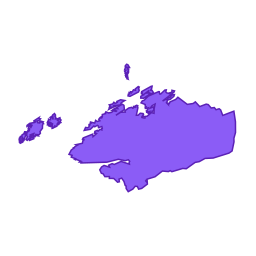 Bjugn nor, Sør-Trøndelag, Norway, rotated 5°
{"feature_id": "86288312B97318118947912", "entity_name": "Bjugn nor", "entity_type": "district", "adm_level": 2, "iso_a3": "NOR", "parent_name": "Norway", "parent_adm1": "Sør-Trøndelag", "projection": "orthographic", "projection_center": [9.771, 63.825], "detail": "fine", "context": "isolated", "style": "filled", "palette": "violet", "viewbox_px": 256, "rotation_deg": 5, "n_neighbors": 0, "source": "geoboundaries", "source_scale": "gbopen_adm2", "svg_char_len": 5843}
<svg xmlns="http://www.w3.org/2000/svg" viewBox="0 0 256 256"><g transform="rotate(5 128 128)"><path d="M133.8,191.4L138.2,188.4L140.2,185.4L142.4,185.4L143.9,188.0L146.9,187.0L152.2,182.2L151.8,179.6L151.5,180.4L150.2,179.1L151.3,177.4L159.2,174.2L166.0,167.9L172.1,167.9L173.7,166.8L175.5,167.7L186.1,163.5L189.6,163.5L197.9,156.4L201.9,155.3L207.4,151.6L215.5,150.5L230.8,144.2L233.7,141.8L234.8,132.6L234.4,129.0L235.5,123.1L234.5,112.4L232.0,102.0L221.3,107.2L218.7,101.9L217.1,100.9L214.1,102.1L212.2,100.1L209.1,100.8L205.9,97.7L203.8,97.4L197.6,100.4L192.8,96.1L190.8,97.9L185.0,99.3L175.0,93.0L173.0,95.4L167.5,98.4L167.0,100.2L165.6,99.8L166.0,101.1L164.1,99.5L165.0,97.3L164.7,96.6L167.5,95.9L170.9,92.5L171.3,90.7L168.9,91.3L167.1,94.0L165.6,94.1L164.6,96.5L163.0,96.2L160.1,98.1L170.6,88.4L171.1,87.0L168.5,86.6L168.6,88.5L166.3,89.4L166.9,89.7L166.6,90.2L163.4,89.6L162.5,88.7L162.8,86.7L161.4,87.0L157.6,91.3L156.6,91.3L156.0,89.1L155.3,89.1L145.8,94.3L145.0,93.9L146.2,92.5L145.7,91.1L142.4,91.8L145.1,89.3L145.9,91.1L147.1,91.5L146.4,93.3L150.3,90.6L148.6,88.3L147.2,88.4L148.1,86.8L148.4,84.2L147.5,84.4L138.5,90.5L138.3,91.8L139.0,91.8L138.6,92.8L140.8,93.5L138.0,95.3L138.1,97.1L141.0,97.0L143.9,94.6L145.2,94.4L145.4,94.6L141.7,98.9L139.8,99.8L138.8,101.8L143.1,103.1L143.2,104.7L144.2,105.2L143.3,106.3L143.6,107.0L146.5,106.1L145.4,108.7L146.1,109.6L144.9,109.5L145.2,110.7L148.1,109.7L146.3,111.9L150.0,110.3L152.2,107.7L151.6,104.7L148.5,106.2L150.0,103.7L152.9,101.8L152.4,106.2L152.6,111.1L150.0,110.6L146.0,114.6L143.8,115.0L144.1,116.5L143.4,116.7L140.9,116.3L140.9,115.3L142.5,115.0L141.7,114.0L142.3,113.0L141.8,112.3L138.9,112.2L137.0,114.4L135.2,114.6L136.1,106.9L135.6,106.5L135.8,104.9L134.6,104.6L133.2,105.5L133.8,106.4L133.3,106.9L131.7,106.2L131.7,107.5L130.9,107.9L129.9,107.1L127.0,108.0L123.5,111.0L123.9,112.4L119.3,113.0L114.8,116.4L122.8,109.9L122.0,105.8L120.3,104.8L114.9,108.5L116.1,109.6L112.7,109.9L110.7,111.7L113.5,111.3L115.1,112.1L114.7,112.5L111.7,112.1L110.4,113.8L107.3,114.7L104.6,113.8L104.0,115.1L104.4,115.6L101.2,116.8L101.4,118.3L100.3,119.2L101.3,119.3L101.0,120.2L98.9,120.6L98.1,121.9L99.3,123.2L96.7,124.2L95.1,123.2L94.4,126.0L90.1,125.3L90.0,126.1L91.0,126.3L89.3,127.8L90.2,128.8L88.9,128.3L89.1,130.3L87.7,131.3L85.7,131.1L84.6,134.2L90.6,132.6L93.8,129.0L94.8,129.7L97.2,128.0L98.0,128.3L98.6,130.2L101.8,128.8L102.4,130.6L101.9,130.9L102.1,132.2L100.3,131.7L98.4,133.8L97.6,133.0L95.3,134.2L95.2,135.3L96.0,135.7L94.5,136.1L97.0,136.4L93.9,139.7L93.3,137.2L84.4,141.7L83.9,142.3L84.6,143.0L84.0,143.4L85.0,143.8L84.2,144.5L83.9,147.2L77.7,149.1L79.1,149.5L76.8,151.1L75.8,153.1L76.1,152.2L75.3,152.4L75.5,153.0L73.4,154.9L71.5,159.4L75.3,160.2L74.3,160.5L74.0,162.0L77.6,162.9L77.4,163.6L79.3,163.0L77.8,164.5L79.5,163.9L83.5,165.1L82.6,166.1L84.7,166.0L84.4,166.9L109.9,163.9L121.1,160.0L128.1,160.8L131.1,159.6L132.6,161.0L132.1,162.0L132.6,163.9L124.0,161.9L117.5,165.5L115.3,164.9L112.0,166.7L113.1,168.6L107.4,167.4L105.1,169.1L103.5,172.1L105.4,175.4L107.2,175.8L109.2,178.5L113.7,178.0L113.8,179.8L118.2,179.5L122.3,182.9L124.1,182.3L123.5,179.7L126.1,178.5L128.7,181.7L130.2,185.5L131.2,186.0L131.4,188.4L133.8,191.4ZM38.4,125.4L34.0,128.8L35.9,130.1L33.9,129.8L34.3,130.7L29.7,131.9L27.2,134.2L27.2,135.1L30.8,132.4L30.4,133.4L32.1,133.8L31.2,135.9L30.8,135.4L31.2,134.0L28.9,135.4L28.7,137.0L30.3,137.2L29.3,137.6L30.0,138.0L29.9,139.0L28.7,138.7L28.4,139.6L29.2,139.9L27.7,141.3L27.7,144.5L28.6,145.4L27.4,148.4L28.7,149.1L32.1,145.4L33.0,145.6L31.1,147.3L31.6,147.8L30.8,148.2L31.0,148.9L35.1,146.9L35.1,145.9L33.1,145.6L35.0,144.9L34.1,143.4L30.4,145.3L31.5,144.3L31.1,143.4L34.6,141.7L34.3,143.5L36.2,144.6L36.6,143.5L38.8,143.6L37.2,142.5L40.0,142.5L41.2,140.8L40.6,139.3L42.8,135.7L42.6,133.0L43.1,130.9L42.7,130.4L43.1,130.5L42.5,129.6L42.9,129.2L40.4,128.7L40.7,129.6L39.5,129.6L39.5,130.7L37.5,130.6L36.9,128.8L38.4,128.6L40.0,126.5L38.1,126.2L38.4,125.4ZM53.5,120.0L51.8,121.6L52.7,126.1L50.9,123.1L49.7,124.1L50.2,124.2L50.1,126.5L48.1,126.1L48.2,127.7L47.1,128.5L47.5,128.4L47.2,129.4L49.6,129.0L52.0,130.2L47.5,130.3L47.5,131.9L49.8,131.1L49.3,132.0L49.8,132.5L48.2,132.6L50.9,133.3L51.4,130.9L52.4,130.5L52.4,135.0L53.2,134.8L55.0,132.2L55.5,132.7L55.1,133.5L57.0,132.4L57.2,129.8L58.1,128.5L58.5,129.2L57.6,131.1L58.8,130.5L59.7,127.4L60.1,127.8L59.7,129.0L60.7,128.4L59.7,127.2L60.6,125.9L59.2,125.0L59.6,124.8L59.3,123.7L57.8,124.5L58.8,125.0L57.8,125.6L57.8,126.9L57.0,126.6L57.0,125.0L55.9,125.1L56.4,124.4L54.9,125.2L54.9,123.2L54.2,122.5L54.7,121.5L53.5,120.0ZM122.4,100.9L118.2,100.5L114.6,102.5L115.1,103.4L113.0,104.6L111.7,103.6L110.6,105.4L107.3,106.6L108.2,107.5L107.7,108.7L109.5,108.7L107.7,109.7L107.2,111.1L111.8,108.3L111.6,107.1L112.2,106.7L113.7,106.6L112.8,108.0L114.1,107.9L113.8,106.6L118.3,105.7L119.2,103.3L122.4,100.9ZM135.3,86.1L134.6,85.8L131.8,88.5L132.2,89.8L130.1,89.5L129.0,91.7L127.4,91.6L127.9,92.8L126.0,92.6L126.4,94.0L125.4,94.2L125.2,96.0L127.2,96.3L135.3,91.2L135.9,89.3L135.2,88.2L135.5,86.7L134.5,86.8L135.3,86.1ZM122.4,65.0L121.1,64.6L119.9,66.2L119.9,67.1L121.3,67.4L120.2,67.9L119.5,70.5L120.7,70.8L119.8,72.1L120.6,72.7L120.1,74.2L120.6,73.6L120.9,74.0L120.4,74.9L122.2,73.0L120.8,75.8L121.8,76.8L120.7,77.2L122.5,77.3L122.1,77.7L122.9,78.3L122.6,79.0L123.7,79.3L123.0,78.2L123.6,78.0L122.9,76.9L123.1,76.2L122.3,75.9L123.7,72.5L123.6,71.4L122.8,72.0L123.5,69.6L122.1,69.3L122.1,68.4L124.3,67.7L122.4,65.0ZM26.7,140.7L25.4,140.7L24.7,142.9L23.1,144.0L23.0,145.7L21.7,145.2L22.3,145.6L21.5,145.9L22.1,147.2L20.9,147.3L21.2,148.5L20.5,148.6L20.9,150.4L21.9,148.7L21.8,150.3L23.9,150.4L21.3,151.8L22.0,152.6L24.4,151.2L24.7,150.3L23.4,148.8L23.8,146.8L24.5,147.5L24.6,149.6L25.4,149.3L26.6,144.5L25.9,142.5L26.8,142.0L26.2,141.5L26.7,140.7Z" fill="#8b5cf6" stroke="#5b21b6" stroke-width="1.5"/></g></svg>